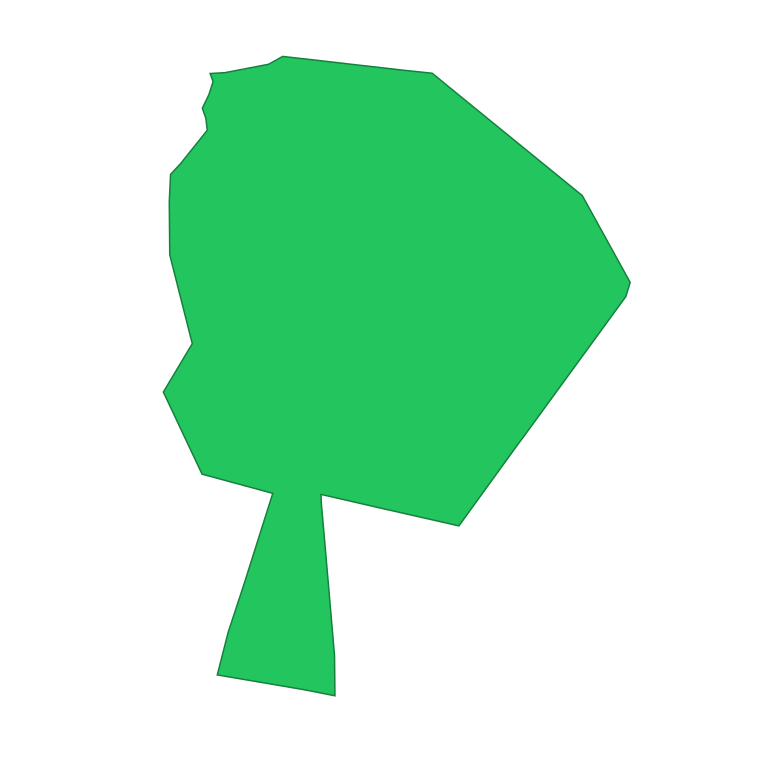 São José do Piauí, Piauí, Brazil, rotated 186°
{"feature_id": "56859067B64517443240530", "entity_name": "São José do Piauí", "entity_type": "district", "adm_level": 2, "iso_a3": "BRA", "parent_name": "Brazil", "parent_adm1": "Piauí", "projection": "natural_earth1", "projection_center": [-41.469, -6.79], "detail": "fine", "context": "isolated", "style": "filled", "palette": "green", "viewbox_px": 768, "rotation_deg": 186, "n_neighbors": 0, "source": "geoboundaries", "source_scale": "gbopen_adm2", "svg_char_len": 660}
<svg xmlns="http://www.w3.org/2000/svg" viewBox="0 0 768 768"><g transform="rotate(186 384 384)"><path d="M618.2,570.2L616.6,542.8L610.6,490.2L607.5,481.7L578.9,404.1L602.6,352.9L555.5,275.3L483.2,263.6L502.0,171.8L504.7,159.2L513.0,121.0L519.4,77.2L432.9,71.7L400.2,68.8L404.8,108.7L425.7,217.0L434.0,259.5L435.1,267.6L372.8,260.0L294.7,250.7L244.1,338.7L238.1,348.8L198.9,416.4L189.5,432.6L152.6,496.3L149.8,510.8L206.5,592.1L351.1,686.6L368.5,698.1L399.3,698.1L519.0,699.2L532.3,689.9L574.8,677.0L589.4,674.6L585.6,666.9L588.4,653.5L593.5,639.3L589.0,629.7L586.3,617.9L609.5,581.7L618.2,570.2Z" fill="#22c55e" stroke="#15803d" stroke-width="1.5"/></g></svg>